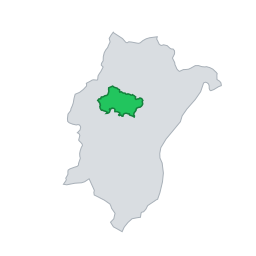 Plovdiv highlighted on a map of Bulgaria, rotated 118°
{"feature_id": "BGR-2235", "entity_name": "Plovdiv", "entity_type": "Province", "adm_level": 1, "iso_a3": "BGR", "parent_name": "Bulgaria", "parent_adm1": "", "projection": "orthographic", "projection_center": [24.881, 42.293], "detail": "fine", "context": "in_parent", "style": "filled", "palette": "green", "viewbox_px": 256, "rotation_deg": 118, "n_neighbors": 0, "source": "natural_earth", "source_scale": "10m", "svg_char_len": 3773}
<svg xmlns="http://www.w3.org/2000/svg" viewBox="0 0 256 256"><g transform="rotate(118 128 128)"><path d="M208.0,158.6L203.8,158.1L202.4,158.3L201.5,159.4L199.5,159.3L197.1,159.3L194.7,160.6L193.3,161.1L191.4,160.1L187.9,157.0L185.7,154.8L184.1,154.3L182.6,155.0L177.0,155.9L175.7,157.2L173.2,158.7L170.6,159.5L166.9,160.1L164.9,160.0L163.8,160.8L162.9,162.9L162.3,165.0L161.8,165.9L157.2,167.0L156.2,168.2L155.9,169.4L156.0,170.5L152.3,169.4L149.4,170.2L148.7,171.1L148.1,172.4L148.5,173.8L149.6,175.1L150.6,178.7L151.0,182.3L150.5,184.3L148.3,185.8L143.9,187.5L139.6,186.8L137.7,187.4L134.5,187.6L131.6,188.1L127.0,189.6L123.0,190.5L119.3,187.5L114.9,185.5L110.4,184.3L108.8,185.1L108.1,185.8L104.3,183.2L102.6,182.2L101.7,181.2L100.2,177.7L99.2,177.6L96.1,178.9L93.1,178.8L91.2,178.5L85.8,178.6L85.1,181.0L84.4,181.4L83.2,181.7L80.3,181.5L76.6,183.3L72.7,184.3L69.6,184.3L66.4,183.7L64.5,184.0L60.4,184.2L57.7,186.7L53.7,186.5L50.3,186.0L50.7,185.1L51.6,174.8L53.4,170.2L53.3,169.3L53.0,168.6L51.5,167.8L50.5,165.3L48.4,158.6L47.2,157.3L43.7,155.8L40.7,153.8L38.2,151.3L33.7,145.0L36.1,144.4L36.8,143.2L39.3,139.9L39.6,138.2L39.4,137.2L37.8,135.6L36.9,132.0L37.8,128.7L37.9,127.0L37.1,125.2L38.0,123.2L39.8,122.1L40.9,121.7L45.4,121.6L48.3,117.5L50.1,116.2L51.9,113.8L52.7,113.0L53.5,111.1L53.9,109.2L50.4,106.5L49.2,104.4L47.7,102.2L45.6,100.6L41.4,97.9L39.8,95.1L39.2,91.7L38.1,89.0L36.9,87.3L36.7,85.9L36.3,84.2L36.2,80.8L37.4,76.4L38.1,74.8L39.5,74.4L43.4,72.2L43.7,69.1L44.4,67.3L45.7,66.2L46.8,65.5L48.8,67.3L53.8,70.3L56.2,72.4L56.1,73.6L54.9,74.9L52.7,76.1L51.3,77.6L50.9,79.7L51.2,81.1L52.7,82.4L61.9,80.9L71.2,82.0L83.6,84.9L91.8,85.9L97.9,84.7L109.2,87.0L119.8,89.2L129.9,89.8L135.6,88.0L139.5,85.7L142.9,81.4L151.2,75.6L159.3,72.3L170.0,69.5L177.0,68.4L178.1,69.3L187.3,74.2L191.3,74.1L194.6,74.9L195.9,76.3L196.7,76.6L201.0,75.1L203.0,77.9L206.2,81.8L211.4,83.7L216.1,84.6L217.5,84.8L222.3,84.5L222.1,94.5L219.4,99.2L214.9,97.9L209.4,99.4L206.6,104.8L205.0,106.4L203.6,108.3L202.8,115.2L203.0,126.4L200.9,127.9L198.9,128.4L191.1,138.5L195.9,141.1L198.1,143.2L201.7,149.0L206.9,155.4L208.0,158.6Z" fill="#d9dde1" stroke="#a8b0b8" stroke-width="1"/><path d="M115.4,128.1L115.3,129.6L115.8,132.5L115.5,133.3L114.9,133.5L115.6,135.2L115.6,135.8L115.9,136.7L116.4,137.4L117.6,138.3L118.9,138.3L119.9,138.0L120.4,138.8L119.9,140.3L120.6,141.1L121.0,141.3L121.1,141.8L120.9,142.4L120.4,142.4L119.3,141.9L118.4,142.5L118.6,144.0L118.6,145.0L119.0,145.9L119.7,147.3L118.8,147.8L117.7,148.2L117.3,149.6L117.8,151.3L118.4,151.8L118.6,151.6L119.0,152.0L119.5,152.2L119.8,152.5L119.7,153.1L120.2,153.2L120.7,152.1L121.3,152.1L122.3,151.8L123.3,152.0L124.5,152.8L125.2,153.9L124.6,153.7L124.1,153.6L123.8,153.6L123.8,155.5L124.1,156.9L124.3,158.4L124.2,158.9L124.3,159.2L124.7,159.6L124.6,160.3L123.5,162.0L122.0,163.1L121.2,162.9L120.4,163.4L120.2,163.9L119.7,164.0L119.2,164.7L118.9,165.6L118.3,166.1L118.1,167.1L117.9,167.7L117.2,167.6L116.7,167.4L116.1,167.4L114.9,165.8L114.1,166.1L113.1,166.1L112.5,165.0L111.7,164.3L110.3,163.5L109.2,162.0L107.7,161.6L106.2,161.8L104.6,162.2L103.1,163.2L101.6,163.9L98.2,161.2L98.5,159.3L98.1,157.3L97.9,156.2L98.3,155.2L98.2,153.5L98.9,152.9L99.7,152.7L100.2,152.1L99.7,151.5L99.2,151.1L99.2,150.3L99.4,149.1L99.2,148.0L98.7,147.3L98.6,146.6L99.1,145.6L98.4,144.3L97.8,144.1L97.8,143.3L97.5,142.4L97.5,141.5L97.6,141.0L97.2,140.0L96.5,139.8L96.6,137.8L97.0,135.8L98.0,135.7L98.8,135.2L99.0,134.3L98.2,133.7L97.3,132.3L95.9,131.6L95.6,129.7L96.7,127.8L97.9,127.9L99.8,126.3L101.0,126.2L102.4,126.4L103.8,127.0L104.8,128.3L106.0,129.4L107.5,129.7L108.0,129.6L108.2,129.3L109.8,129.3L111.4,129.7L112.8,129.5L114.0,128.8L114.1,128.3L114.4,127.9L115.4,127.7L115.4,128.1Z" fill="#22c55e" stroke="#15803d" stroke-width="1.5"/></g></svg>